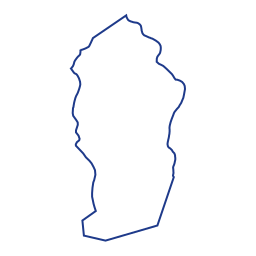 Obrier, Laborie, Saint Lucia (Natural Earth projection)
{"feature_id": "8701671B40447391578275", "entity_name": "Obrier", "entity_type": "district", "adm_level": 2, "iso_a3": "LCA", "parent_name": "Saint Lucia", "parent_adm1": "Laborie", "projection": "natural_earth1", "projection_center": [-60.973, 13.769], "detail": "fine", "context": "isolated", "style": "outline", "palette": "blue", "viewbox_px": 256, "rotation_deg": 0, "n_neighbors": 0, "source": "geoboundaries", "source_scale": "gbopen_adm2", "svg_char_len": 2824}
<svg xmlns="http://www.w3.org/2000/svg" viewBox="0 0 256 256"><path d="M82.4,220.5L83.9,235.6L105.5,240.6L110.4,239.2L157.4,225.5L173.8,177.1L173.3,176.4L173.0,175.6L173.1,174.9L173.3,174.1L173.5,172.9L173.4,171.7L173.4,170.8L173.3,169.9L173.3,169.2L173.2,168.5L173.1,167.7L173.2,167.1L173.4,166.3L173.7,165.6L174.0,164.9L174.4,163.7L174.7,162.5L174.8,161.8L175.0,161.0L175.2,160.1L175.3,159.3L175.3,158.9L175.3,157.9L175.2,157.2L175.1,156.7L175.1,155.9L175.0,155.1L174.8,154.5L174.5,153.7L174.4,153.4L173.9,152.8L173.3,152.2L172.8,151.7L172.3,150.8L172.0,150.2L171.3,149.5L170.5,148.7L169.9,148.2L169.2,147.8L168.9,147.6L168.3,146.9L167.9,146.2L167.8,145.6L167.6,144.7L167.5,144.1L167.6,143.2L167.7,142.6L167.9,141.4L168.1,140.7L168.3,139.5L168.6,138.4L168.9,136.9L169.0,136.2L169.1,135.3L169.4,133.9L169.5,132.5L169.6,131.6L169.6,130.5L169.6,129.4L169.5,128.4L169.5,127.5L169.7,125.9L169.8,125.4L170.2,123.8L170.6,122.2L171.7,119.0L173.5,114.4L173.6,114.0L174.0,113.0L174.3,112.4L174.6,111.9L174.9,111.5L175.3,111.0L175.8,110.4L176.2,109.9L176.8,109.1L177.5,108.4L177.8,108.0L178.7,107.1L179.7,105.2L181.2,102.9L182.5,99.7L183.3,97.9L184.0,94.6L185.0,89.0L184.7,86.0L183.9,84.1L182.2,82.0L181.2,81.4L179.8,80.6L177.2,79.7L175.6,79.6L174.5,78.2L172.9,75.5L171.9,74.1L166.8,69.1L164.6,67.1L163.2,65.9L161.3,64.9L158.9,63.8L156.7,61.8L156.8,58.6L157.4,56.7L158.4,55.3L159.5,53.9L160.1,52.8L160.7,50.0L160.8,47.9L160.6,46.0L159.8,44.3L158.5,42.6L155.8,40.6L153.2,39.1L152.3,38.6L151.1,38.3L150.2,37.8L149.1,37.5L146.1,36.1L144.2,35.3L143.1,34.2L142.4,33.1L141.6,30.4L141.6,29.8L141.2,27.2L140.8,25.7L139.9,24.5L138.3,23.3L137.1,22.8L136.6,22.7L134.9,22.5L133.2,22.2L132.1,21.8L130.7,21.4L129.0,20.6L128.1,19.9L127.6,19.1L126.5,17.0L126.2,15.4L92.9,38.1L92.2,39.8L91.6,41.0L90.9,42.6L90.1,44.2L89.4,45.7L88.9,46.5L88.3,47.0L87.3,47.5L86.2,48.1L84.6,48.8L83.0,49.4L81.8,49.8L81.3,49.9L80.5,49.9L80.4,49.7L80.5,51.5L80.3,53.2L80.1,54.4L79.7,55.0L79.1,55.6L77.9,56.7L76.6,58.3L75.1,60.4L74.4,61.7L74.1,62.8L73.7,64.4L73.2,65.5L72.8,66.4L72.0,67.3L71.5,68.1L71.2,68.4L71.0,68.5L71.6,69.5L72.4,70.5L73.2,71.7L74.4,73.2L75.0,73.5L76.1,74.0L76.5,74.3L77.0,74.9L77.7,75.9L78.2,76.9L78.7,77.8L79.2,79.0L79.7,80.7L80.0,81.4L80.2,83.1L80.3,84.5L80.0,86.0L79.6,87.5L79.3,88.5L78.7,90.3L78.2,91.7L77.7,93.0L77.1,94.2L76.4,95.5L76.0,96.3L75.8,96.9L75.4,97.9L75.1,99.0L74.5,101.2L74.1,102.9L73.9,104.1L73.5,106.4L73.5,106.9L73.0,108.1L72.7,113.1L73.2,115.8L76.2,120.0L77.7,122.4L77.8,124.8L76.7,128.2L76.0,130.3L76.0,132.4L78.5,135.6L79.6,138.8L79.2,140.3L76.9,142.2L75.8,144.3L75.9,145.7L78.1,148.0L81.7,151.8L83.2,153.4L85.9,157.3L89.5,160.8L91.6,163.4L93.6,167.1L95.0,170.2L95.4,174.8L94.2,180.0L93.3,182.4L92.5,187.7L92.1,193.1L92.1,196.7L93.6,203.9L94.6,207.4L95.8,211.0L82.4,220.5Z" fill="none" stroke="#1e3a8a" stroke-width="2"/></svg>